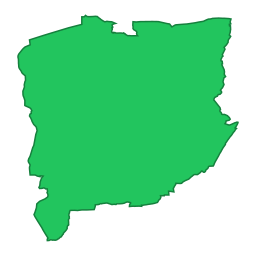 the district of Priboieni, Arges, Romania
{"feature_id": "2599482B44265278220237", "entity_name": "Priboieni", "entity_type": "district", "adm_level": 2, "iso_a3": "ROU", "parent_name": "Romania", "parent_adm1": "Arges", "projection": "orthographic", "projection_center": [25.081, 44.876], "detail": "fine", "context": "isolated", "style": "filled", "palette": "green", "viewbox_px": 256, "rotation_deg": 0, "n_neighbors": 0, "source": "geoboundaries", "source_scale": "gbopen_adm2", "svg_char_len": 5670}
<svg xmlns="http://www.w3.org/2000/svg" viewBox="0 0 256 256"><path d="M211.9,166.1L213.2,166.0L213.2,165.8L213.8,165.1L214.4,163.4L215.3,161.6L216.5,159.5L217.5,157.7L218.6,155.8L219.5,153.9L220.8,151.9L221.9,149.8L223.1,147.7L224.4,145.9L225.4,144.5L225.5,143.2L226.6,141.8L227.7,140.1L228.9,138.5L230.1,136.8L231.4,135.4L232.4,133.9L233.4,132.4L234.5,131.2L235.6,129.3L236.5,128.5L236.2,128.3L235.1,127.9L236.5,125.8L237.6,123.7L238.0,122.6L238.0,122.3L236.9,122.1L236.1,122.5L235.7,122.6L235.3,122.6L230.6,124.7L229.1,125.1L227.3,124.5L225.0,123.7L225.9,122.2L226.1,120.9L227.1,120.7L229.2,120.2L230.2,119.2L229.7,118.2L229.2,117.4L228.2,116.5L227.5,115.7L225.9,115.0L224.4,114.4L222.7,114.5L221.8,114.3L221.5,113.2L220.8,112.1L220.4,112.0L219.8,110.9L220.0,110.0L220.5,109.7L220.0,107.7L214.0,100.1L213.8,100.0L214.0,99.1L214.3,98.2L214.9,97.3L215.8,97.0L216.3,96.5L217.4,96.2L217.8,95.3L218.2,94.6L219.3,94.4L220.0,94.3L220.9,93.4L221.6,92.7L221.5,92.1L221.5,91.5L220.8,90.6L220.4,90.2L221.4,88.9L222.5,87.7L223.5,85.6L224.0,84.6L223.0,81.8L223.9,77.9L225.6,76.6L224.5,74.8L224.4,74.8L224.3,73.4L224.5,71.9L224.1,69.6L222.0,65.1L221.9,64.0L222.5,63.8L222.2,61.2L221.9,61.1L221.3,61.1L220.9,60.2L221.2,58.8L221.7,58.0L222.1,56.9L223.0,56.1L222.3,54.7L225.0,49.2L224.1,47.3L226.5,44.8L228.1,42.3L228.1,40.9L228.5,39.6L229.9,37.7L230.7,36.3L229.3,35.1L230.3,31.9L230.3,31.0L230.6,29.6L230.5,26.6L229.6,25.9L230.3,25.5L229.4,24.3L230.8,23.8L230.1,22.0L231.0,19.0L229.0,18.6L224.6,18.3L222.8,18.3L218.9,18.1L218.4,18.1L214.2,18.3L212.5,18.4L211.9,18.6L210.3,19.0L208.4,19.1L206.6,19.8L203.4,21.3L198.5,22.1L195.1,22.8L191.6,23.3L186.9,24.0L183.7,24.2L176.1,24.8L175.2,25.0L171.9,26.9L169.6,24.0L167.2,23.6L158.3,21.6L152.4,21.5L143.1,21.6L140.7,21.6L136.1,22.0L133.0,21.7L132.8,25.3L133.1,26.8L133.0,28.6L133.8,29.7L135.0,30.4L136.2,31.2L136.7,31.9L136.9,32.5L136.6,33.4L136.7,34.2L137.0,34.9L137.6,35.7L131.4,35.8L130.2,35.7L129.5,35.6L127.8,35.7L126.5,35.0L125.1,34.1L125.2,33.9L123.6,32.9L123.2,33.3L120.9,33.0L119.2,33.0L118.2,33.1L116.7,33.1L115.0,32.9L115.0,32.6L113.2,32.4L113.1,33.0L112.1,32.6L111.8,32.3L111.6,31.4L111.6,30.9L111.7,30.6L112.2,29.7L112.3,29.0L111.9,27.8L112.6,27.6L112.8,27.1L112.1,25.6L112.1,24.9L112.6,24.4L114.3,23.7L115.5,23.4L111.8,21.8L108.8,21.6L106.9,21.3L105.9,21.6L104.9,21.8L103.9,21.4L100.9,19.5L100.3,18.9L98.5,17.6L97.3,16.5L95.4,16.3L93.2,16.5L88.8,16.7L87.0,16.5L85.5,15.4L84.9,16.1L84.3,16.8L81.8,16.8L81.8,24.4L68.6,27.8L44.2,35.2L29.5,39.9L30.2,44.8L25.0,47.0L23.4,48.4L22.3,49.6L18.9,53.9L18.3,55.1L18.0,56.1L18.0,56.6L18.0,57.3L18.4,59.1L18.5,61.4L18.5,63.3L18.7,65.0L18.7,65.3L18.7,65.9L18.8,67.0L19.2,68.2L19.3,68.3L19.6,68.9L20.8,70.5L21.2,71.2L21.8,72.5L22.4,73.4L24.9,75.5L25.3,75.9L25.4,77.5L25.4,77.9L25.5,79.3L25.5,80.4L24.9,81.8L24.2,85.0L24.4,85.9L24.4,87.1L24.3,87.3L23.6,89.4L22.9,91.1L23.0,94.8L23.3,96.1L23.9,97.4L24.9,100.6L24.8,105.4L25.1,105.7L29.6,107.7L30.7,108.5L31.9,110.7L31.2,111.5L31.2,113.5L30.0,114.1L29.5,116.0L30.7,117.9L31.6,119.9L32.1,121.5L33.7,124.4L36.1,126.8L36.5,128.0L37.1,130.7L35.8,134.5L35.1,138.4L33.8,145.4L32.7,147.7L31.0,153.3L30.1,156.2L29.5,157.4L28.8,158.6L28.4,159.9L28.2,160.9L28.5,162.1L30.0,164.6L30.0,165.6L29.5,167.1L29.5,168.8L30.1,175.0L33.3,175.0L33.1,175.0L34.6,175.0L35.5,175.1L35.9,175.3L36.1,175.4L37.1,176.0L40.1,176.7L40.2,175.8L43.1,176.1L41.6,178.0L41.3,178.8L40.2,181.8L39.8,185.6L38.9,187.5L39.6,188.5L41.9,188.4L43.7,187.9L44.6,188.1L45.6,188.9L47.2,188.9L47.5,191.6L47.0,192.7L47.8,194.0L48.0,195.6L47.6,197.0L45.0,198.9L39.6,201.3L36.8,203.9L36.4,207.8L34.9,212.5L34.0,214.6L35.0,216.7L37.8,221.3L41.9,227.8L42.8,229.6L45.8,234.6L48.0,238.0L47.6,238.2L47.5,238.9L47.2,239.7L47.3,240.6L49.1,240.5L49.9,240.1L50.3,239.8L51.7,239.9L52.2,240.1L53.3,240.1L54.0,240.0L54.6,240.2L55.4,240.2L56.9,239.8L57.7,239.1L58.6,238.8L59.2,238.2L60.2,237.2L61.3,236.8L61.7,236.1L62.4,235.1L62.7,234.5L63.3,234.1L63.5,233.1L64.1,232.4L65.2,231.3L66.1,230.2L66.4,229.8L67.2,228.5L67.1,227.5L67.5,226.1L67.8,225.4L68.5,225.2L68.7,224.9L68.7,224.6L68.6,223.8L68.6,222.0L68.5,220.9L68.5,219.6L68.9,218.9L69.4,218.1L69.3,217.9L69.2,216.9L69.3,216.7L68.8,215.4L69.0,213.7L69.5,212.8L69.5,211.9L69.7,211.3L70.2,210.4L74.5,210.3L77.8,210.5L78.7,210.3L82.1,209.9L87.2,209.9L94.2,209.6L95.2,206.5L95.3,204.8L96.8,204.7L98.5,204.5L98.8,204.4L99.4,204.2L100.0,203.9L100.6,203.6L100.9,203.6L101.3,203.7L101.6,203.8L102.9,203.4L103.7,203.4L105.6,203.1L107.0,203.0L107.7,203.2L109.4,203.8L110.1,203.9L111.5,204.5L112.6,204.5L113.3,204.3L114.1,204.4L114.7,204.2L115.2,204.4L116.0,204.5L116.8,203.8L119.0,203.8L120.6,203.7L122.3,203.6L124.2,203.2L126.3,202.2L127.1,202.0L127.5,202.0L129.0,202.2L130.0,202.5L130.4,202.6L130.6,202.7L130.7,203.0L130.1,203.8L129.6,204.8L129.5,205.5L129.4,206.5L129.7,206.5L131.5,206.3L133.6,206.2L134.3,206.3L136.3,206.2L139.1,206.1L141.7,206.3L141.6,205.3L141.8,205.4L144.1,205.0L146.5,204.7L148.0,204.4L151.5,203.9L152.3,203.8L154.6,203.3L157.5,202.4L159.0,199.8L159.8,199.3L160.2,198.8L160.8,197.3L160.7,196.4L160.6,196.1L160.5,195.7L164.3,195.7L164.4,195.0L168.9,195.0L168.6,191.2L169.8,191.3L171.2,191.5L173.9,191.9L173.3,188.6L174.7,185.9L175.7,184.4L175.8,184.0L175.9,183.8L175.9,183.3L177.5,183.4L178.6,183.4L180.2,183.5L180.7,183.4L181.6,183.3L181.7,183.2L182.8,182.1L183.0,181.9L185.1,180.7L186.9,179.9L188.8,179.1L191.5,176.6L192.3,176.1L193.0,175.4L193.7,174.9L193.9,174.7L195.1,174.5L196.3,174.6L197.5,174.6L199.2,173.4L200.4,172.5L201.5,171.1L202.2,171.1L203.3,172.1L204.0,172.3L204.6,172.1L205.4,171.4L205.8,170.1L207.6,168.6L208.1,167.9L208.4,166.9L208.6,166.5L209.3,166.2L211.9,166.1Z" fill="#22c55e" stroke="#15803d" stroke-width="1.5"/></svg>